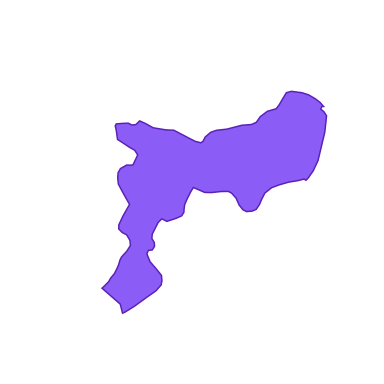 outline of Valandovo, rotated 117°
{"feature_id": "MKD-2994", "entity_name": "Valandovo", "entity_type": "Statistical Region", "adm_level": 1, "iso_a3": "MKD", "parent_name": "North Macedonia", "parent_adm1": "", "projection": "equal_earth", "projection_center": [22.539, 41.331], "detail": "fine", "context": "isolated", "style": "filled", "palette": "violet", "viewbox_px": 384, "rotation_deg": 117, "n_neighbors": 0, "source": "natural_earth", "source_scale": "10m", "svg_char_len": 1754}
<svg xmlns="http://www.w3.org/2000/svg" viewBox="0 0 384 384"><g transform="rotate(117 192 192)"><path d="M331.5,198.9L324.5,205.0L318.6,228.5L318.2,228.4L317.3,228.0L310.0,225.6L305.1,225.3L300.2,224.1L294.4,224.1L290.0,224.4L285.3,225.3L281.9,225.3L274.2,223.2L267.7,222.6L263.3,225.3L259.8,230.8L259.8,235.7L258.2,240.5L254.5,242.3L244.7,242.6L231.4,242.0L228.6,246.3L223.7,253.6L218.4,261.2L212.8,264.8L208.0,266.7L206.7,266.5L203.6,266.4L197.6,262.4L196.4,259.7L194.7,256.9L183.6,257.2L180.8,262.1L180.6,267.6L179.4,277.6L179.0,282.2L174.7,285.2L170.9,287.9L168.0,290.4L167.2,290.4L165.7,290.4L162.5,285.2L159.6,280.0L159.6,276.1L157.5,272.7L152.4,270.9L152.1,264.2L152.4,255.7L148.5,243.5L145.2,236.2L145.4,219.8L145.4,212.2L144.1,206.4L141.8,205.2L137.1,205.2L130.4,202.5L125.9,198.2L120.1,189.4L109.9,177.9L104.9,169.7L100.7,166.3L93.9,165.4L85.9,161.5L79.6,154.8L74.7,153.9L69.1,153.6L60.6,153.0L60.2,152.5L57.1,149.0L53.6,139.0L52.5,132.3L53.0,124.1L54.1,118.4L56.1,113.6L56.9,115.0L59.7,115.0L60.5,111.1L63.0,106.7L78.5,100.8L90.2,98.0L106.6,94.0L118.1,93.6L126.6,94.8L129.8,95.8L129.6,98.0L133.8,102.8L139.3,110.3L145.9,117.4L152.0,123.0L159.9,126.6L167.5,126.6L172.3,126.2L178.3,126.9L181.7,129.7L184.7,134.5L184.7,138.5L182.3,144.0L177.5,149.9L175.0,156.3L175.0,159.9L178.3,166.2L183.8,174.6L186.6,180.5L187.1,188.8L187.4,192.8L192.0,193.2L200.1,193.2L206.5,192.8L211.1,191.2L213.8,190.0L218.0,190.4L222.9,194.4L229.6,201.1L229.6,206.7L234.4,208.3L241.6,208.3L247.4,208.3L251.6,206.7L254.1,202.7L257.4,200.7L261.7,201.1L263.8,204.3L267.1,204.3L268.9,202.7L273.2,197.6L276.8,188.8L280.2,181.3L284.7,178.5L288.9,177.3L296.5,179.3L307.1,184.9L319.5,191.2L329.5,197.2L331.5,198.9Z" fill="#8b5cf6" stroke="#5b21b6" stroke-width="1.5"/></g></svg>